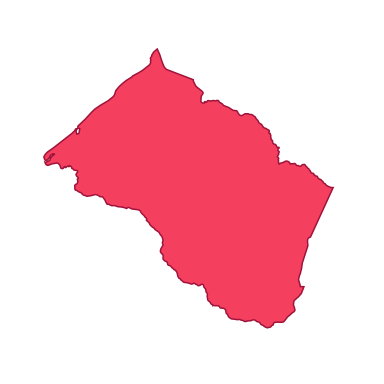 the district of Larde, Nampula, Mozambique, rotated 170°
{"feature_id": "85939544B26264863650897", "entity_name": "Larde", "entity_type": "district", "adm_level": 2, "iso_a3": "MOZ", "parent_name": "Mozambique", "parent_adm1": "Nampula", "projection": "mercator", "projection_center": [39.499, -16.364], "detail": "fine", "context": "isolated", "style": "filled", "palette": "rose", "viewbox_px": 384, "rotation_deg": 170, "n_neighbors": 0, "source": "geoboundaries", "source_scale": "gbopen_adm2", "svg_char_len": 5991}
<svg xmlns="http://www.w3.org/2000/svg" viewBox="0 0 384 384"><g transform="rotate(170 192 192)"><path d="M141.4,45.1L140.7,45.3L138.8,45.2L137.7,45.6L136.8,46.5L136.1,46.8L135.4,46.8L135.0,47.2L134.4,48.7L133.3,49.2L130.1,49.0L128.1,48.4L125.8,48.1L124.4,48.2L122.8,49.4L121.6,50.6L120.8,51.1L120.1,52.1L117.0,53.8L114.6,55.4L112.2,56.5L111.5,57.2L111.2,57.5L111.1,59.1L111.7,63.6L111.1,65.1L111.0,65.8L110.6,66.8L109.4,67.9L107.8,68.8L107.6,69.1L105.5,70.2L102.3,72.8L101.5,73.6L101.5,73.9L99.9,76.4L98.2,79.3L101.8,80.1L101.7,81.7L102.3,87.3L101.0,90.4L99.8,92.5L99.5,92.8L98.8,94.6L97.5,97.3L95.7,102.9L87.2,119.0L86.8,123.8L86.1,125.6L85.9,126.0L84.9,126.6L83.9,127.0L83.2,127.0L52.2,171.9L54.4,172.3L56.9,173.9L58.4,175.1L59.3,176.8L60.2,177.4L61.0,178.4L61.2,179.5L62.1,180.5L62.6,181.4L63.4,182.2L64.4,182.5L64.8,183.3L65.3,183.7L65.6,184.1L65.7,185.1L65.9,185.6L66.7,186.1L67.8,186.4L68.1,187.3L68.9,187.7L69.0,188.8L69.5,189.4L70.8,189.8L71.4,190.4L71.9,192.4L72.6,193.3L73.0,194.6L74.2,195.8L74.5,196.7L75.3,197.6L76.1,199.3L76.4,199.6L78.2,199.8L79.6,199.2L80.2,198.5L81.2,198.6L81.9,198.9L82.6,199.6L84.3,199.9L84.9,200.6L84.9,201.2L85.6,202.1L86.8,202.4L87.6,202.1L88.5,202.6L90.2,202.4L90.6,202.7L90.6,203.5L91.0,204.4L92.0,205.4L93.6,206.1L95.5,205.9L96.8,205.3L100.1,205.0L100.9,204.4L101.4,204.4L101.6,204.8L101.6,206.7L101.3,207.7L101.5,209.0L100.8,209.7L101.1,211.1L101.7,211.6L101.8,211.9L101.1,213.1L100.2,213.8L99.7,215.7L99.2,216.2L99.2,216.8L100.1,217.7L100.1,218.9L99.9,219.3L98.8,220.0L98.5,220.4L98.7,220.9L99.5,220.9L100.3,221.2L100.7,222.1L101.0,223.5L101.8,224.5L103.0,225.0L103.7,225.7L104.0,227.5L103.7,228.3L105.0,230.3L104.8,231.2L105.0,232.6L104.6,233.6L104.8,235.9L105.0,236.2L105.6,236.2L105.9,236.5L106.0,236.9L105.8,237.7L105.4,238.0L105.3,239.1L105.7,239.7L106.8,240.4L108.0,241.7L109.5,242.4L110.4,243.2L111.6,246.1L112.1,246.8L113.5,247.9L114.0,248.6L114.8,251.2L115.9,252.6L116.9,255.3L118.1,256.2L118.9,257.3L119.9,258.0L121.9,258.4L123.1,259.3L126.0,259.8L126.7,259.7L128.7,258.8L130.4,258.7L131.4,259.3L132.1,260.0L133.0,261.9L133.4,263.5L134.0,264.3L137.0,265.2L137.8,265.7L141.1,268.8L145.7,271.6L146.1,272.1L147.2,273.9L149.4,275.6L149.7,276.3L149.8,277.0L150.2,277.1L150.5,277.6L151.5,277.9L152.6,277.6L153.2,277.7L154.5,278.3L157.6,278.5L158.1,278.3L158.9,278.6L159.4,279.0L160.1,279.2L160.7,279.2L161.3,278.8L161.8,278.0L162.5,278.0L163.5,278.8L164.0,278.7L164.0,277.9L164.3,277.5L165.5,277.6L166.6,278.1L167.5,279.4L167.5,279.9L166.5,283.8L166.0,285.1L164.2,286.9L163.9,287.6L163.9,288.3L165.3,290.4L166.7,291.9L167.5,292.9L168.2,293.5L169.9,295.7L171.2,300.1L171.4,301.0L171.3,302.4L195.8,317.1L197.4,319.4L198.1,321.6L199.1,326.8L199.9,332.9L201.4,338.9L205.7,336.3L206.8,334.8L207.4,334.3L207.8,333.9L208.1,332.8L209.7,331.1L209.8,330.4L209.6,329.1L210.2,328.0L210.2,326.6L211.3,325.1L212.5,324.2L219.8,320.3L223.3,318.9L230.0,316.7L230.6,316.4L231.1,315.8L237.5,313.2L241.5,311.0L245.3,308.6L249.4,305.1L251.3,301.5L252.2,300.3L253.5,299.3L258.9,296.4L267.2,293.3L273.3,290.5L277.0,288.0L284.6,282.2L292.3,277.1L293.0,276.6L293.2,275.0L292.9,274.4L291.8,274.1L291.5,273.9L291.5,273.5L292.3,272.0L292.5,270.9L293.4,269.2L294.6,269.2L295.3,269.0L295.6,270.2L295.5,272.0L295.2,272.8L294.0,274.2L294.3,274.4L295.2,274.4L295.8,274.1L296.9,272.7L300.2,270.5L320.7,259.6L327.3,256.5L329.7,254.8L331.7,252.5L331.8,251.5L331.3,249.4L330.9,248.6L330.5,248.5L329.3,248.6L328.2,249.2L326.4,250.7L325.1,252.5L324.1,253.2L322.8,253.7L322.0,253.8L321.4,253.6L321.0,252.9L323.1,251.9L325.2,250.3L326.3,248.3L327.4,247.5L331.1,246.5L331.6,246.9L331.4,245.4L330.9,244.3L330.0,243.5L329.4,243.3L328.0,243.4L324.9,244.0L320.1,244.0L319.0,243.6L317.4,241.3L317.1,238.6L316.8,238.1L315.9,237.5L314.7,237.7L313.3,239.1L312.7,239.0L312.5,238.1L311.9,238.0L311.1,238.6L309.9,239.0L309.5,239.0L309.0,238.4L308.7,238.4L308.6,239.0L308.4,239.3L308.0,239.3L307.2,238.4L306.7,238.1L306.2,237.2L306.3,236.3L304.9,235.0L304.4,234.1L301.5,233.1L301.2,232.7L301.0,231.9L302.9,229.9L303.2,229.2L303.1,228.5L302.8,227.6L301.7,226.1L301.6,225.3L301.9,224.9L302.6,224.7L302.7,224.4L302.6,222.2L303.5,220.4L304.3,219.8L305.3,219.7L306.3,218.9L306.8,215.3L306.6,214.2L304.9,213.3L303.9,212.1L301.5,210.6L299.6,207.9L297.8,207.0L296.2,206.0L291.9,205.9L287.8,206.3L286.0,205.6L284.9,204.9L283.3,203.3L281.2,202.9L280.7,202.5L279.0,198.9L278.8,197.7L277.9,195.0L277.3,194.6L276.3,194.4L273.6,192.5L270.2,191.9L267.6,190.4L264.5,189.6L261.8,188.6L259.2,187.1L257.9,187.9L257.1,187.8L255.8,187.0L254.3,185.8L249.8,184.4L246.9,183.3L246.4,182.6L245.9,181.1L244.7,178.8L243.5,177.4L242.5,175.2L241.5,174.4L241.3,173.7L241.3,173.2L241.8,172.4L241.8,171.9L239.8,169.5L238.9,166.7L236.8,164.0L235.5,162.9L235.0,161.5L231.5,158.1L230.5,155.2L229.3,153.4L228.9,149.9L228.9,149.4L229.5,148.4L230.0,146.9L230.0,146.1L229.7,145.5L229.7,144.8L232.4,141.6L233.3,139.8L233.4,139.2L233.4,138.4L233.1,137.5L231.6,135.3L231.5,133.7L232.0,132.2L232.1,130.8L231.7,130.1L230.7,128.8L228.8,127.5L228.6,126.8L228.5,124.6L227.8,123.9L226.0,123.0L225.0,121.1L223.9,119.9L223.2,118.7L221.9,117.8L220.8,115.5L220.5,111.2L220.0,109.6L218.6,108.5L218.5,107.7L217.2,106.4L216.5,105.2L215.5,104.4L211.5,103.1L208.7,101.4L207.1,101.4L206.4,101.8L205.5,101.7L204.6,100.9L204.5,100.6L203.6,100.2L202.6,99.0L201.8,98.6L200.5,98.6L198.8,99.4L198.0,99.4L197.2,98.9L196.9,98.1L196.7,96.0L195.7,94.6L195.4,93.2L195.5,91.0L194.7,89.7L194.5,89.1L195.2,86.4L195.2,83.1L195.0,82.4L193.4,80.5L192.6,78.4L191.2,77.1L191.2,76.9L191.1,77.0L189.9,76.2L186.1,75.5L185.1,74.8L184.5,73.2L183.8,72.7L181.1,72.0L179.9,70.9L179.4,69.8L179.3,68.9L179.4,67.4L179.3,66.4L178.2,65.2L177.9,63.4L177.3,62.2L175.4,60.3L174.8,60.0L173.3,59.7L169.9,58.5L166.9,58.1L166.1,57.4L164.1,56.6L163.0,55.6L162.2,55.2L161.5,55.1L159.6,55.4L156.3,55.0L154.5,55.5L153.7,55.4L152.6,55.1L152.0,54.7L150.8,53.2L148.9,52.5L147.9,51.4L147.3,49.9L146.8,49.3L144.9,48.1L144.1,46.9L141.4,45.1Z" fill="#f43f5e" stroke="#9f1239" stroke-width="1.5"/></g></svg>